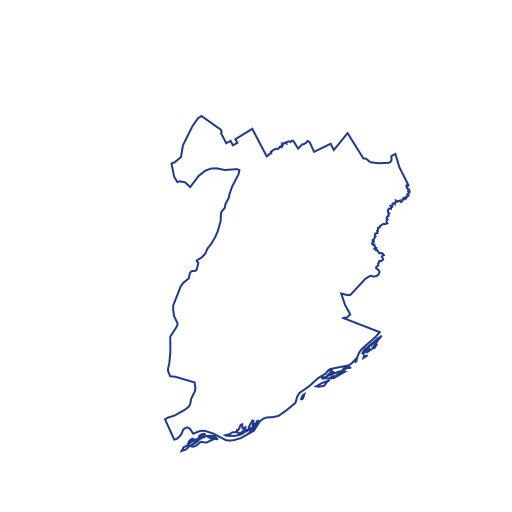 outline of Itatí, Corrientes, Argentina, rotated 145°
{"feature_id": "61730980B76052784863315", "entity_name": "Itatí", "entity_type": "district", "adm_level": 2, "iso_a3": "ARG", "parent_name": "Argentina", "parent_adm1": "Corrientes", "projection": "orthographic", "projection_center": [-58.126, -27.604], "detail": "fine", "context": "isolated", "style": "outline", "palette": "blue", "viewbox_px": 512, "rotation_deg": 145, "n_neighbors": 0, "source": "geoboundaries", "source_scale": "gbopen_adm2", "svg_char_len": 6166}
<svg xmlns="http://www.w3.org/2000/svg" viewBox="0 0 512 512"><g transform="rotate(145 256 256)"><path d="M207.7,176.4L203.5,171.5L201.0,170.0L179.4,174.6L173.6,174.2L171.4,171.7L169.4,170.7L167.0,170.4L164.5,171.5L163.7,172.7L163.7,174.6L164.6,177.0L163.8,178.0L161.2,178.2L160.5,179.7L159.3,180.0L158.5,181.0L157.5,181.1L156.4,180.0L153.8,180.2L153.2,183.3L152.0,183.8L150.8,183.4L150.8,185.2L151.8,186.7L153.5,187.6L153.4,191.3L154.4,191.7L154.5,192.3L153.0,193.3L154.6,194.2L153.2,194.9L153.2,196.6L152.7,197.1L153.3,197.3L153.9,199.4L153.1,200.1L152.4,199.4L151.0,200.5L151.7,201.4L151.4,202.2L150.1,202.1L146.8,203.4L147.2,204.4L145.4,206.0L143.7,205.2L143.6,205.7L142.4,206.0L142.3,207.0L141.7,206.8L140.0,209.1L138.1,208.4L137.2,209.4L133.6,209.3L131.7,207.9L129.7,207.5L129.8,208.8L129.0,209.8L127.3,210.4L127.8,211.3L126.5,212.8L124.6,212.7L124.1,212.9L123.8,214.3L122.4,214.5L122.6,216.6L121.5,218.0L120.1,218.6L118.4,217.2L117.5,218.2L116.6,218.2L117.3,219.2L117.1,219.9L115.8,218.7L114.2,220.6L112.8,220.2L112.5,218.9L111.6,220.0L109.8,220.1L109.5,221.1L109.0,220.3L109.3,219.6L106.2,218.8L106.6,218.2L106.2,216.9L104.4,217.2L103.6,218.1L102.0,217.4L102.3,218.8L100.8,218.5L99.7,217.2L99.2,217.5L99.4,218.3L97.3,218.1L96.7,219.8L96.1,219.7L96.0,218.7L94.5,220.6L93.4,220.3L93.0,220.8L94.1,221.8L92.5,222.9L93.3,223.7L93.3,225.6L92.6,227.0L91.8,226.0L90.9,226.4L90.9,227.5L90.4,227.2L87.7,246.3L83.3,259.7L87.2,260.2L88.1,259.8L90.0,256.8L91.9,255.9L93.9,256.2L102.3,261.6L108.5,267.2L110.1,272.7L112.1,274.3L110.5,304.1L131.5,298.2L130.4,305.1L148.7,308.0L146.7,318.5L147.8,320.7L149.6,320.0L153.0,320.2L154.0,321.0L159.9,319.8L159.4,329.0L160.3,329.9L162.4,329.5L163.2,331.0L166.3,331.9L166.6,330.8L167.6,332.3L168.8,332.1L169.8,333.0L169.8,332.3L170.7,332.2L170.7,331.5L171.7,331.7L172.1,330.8L172.6,331.2L172.9,330.7L173.8,331.8L176.4,331.0L178.2,332.4L180.1,332.8L184.0,332.8L184.6,331.3L186.5,332.0L187.9,331.4L190.1,331.6L186.1,362.3L205.9,363.5L206.4,359.4L211.4,359.9L210.8,364.9L215.7,365.5L214.2,376.6L212.8,377.6L212.4,379.7L220.4,401.9L224.4,402.2L233.8,398.7L252.3,388.6L260.7,380.1L269.0,379.4L272.2,380.2L277.6,367.8L278.0,361.6L275.8,361.0L271.9,357.2L270.3,350.2L257.1,354.5L248.8,355.0L242.9,353.5L238.1,350.5L232.2,344.3L221.8,338.1L220.3,335.9L223.2,333.1L235.6,326.6L242.0,322.1L244.7,319.4L250.9,316.3L254.1,313.3L258.7,312.1L260.4,310.9L264.9,304.9L273.3,298.1L278.8,294.8L286.1,291.4L291.4,290.0L296.2,287.0L301.1,286.0L307.1,286.3L307.6,285.4L307.1,283.8L307.7,282.9L312.5,278.8L314.2,278.6L317.2,280.4L318.4,280.4L320.2,279.7L324.0,276.2L330.4,275.8L334.8,274.5L352.0,263.1L354.4,260.0L357.5,254.1L359.0,245.7L360.0,244.5L363.1,242.9L372.5,239.1L381.2,226.5L388.5,217.9L393.1,213.7L394.1,212.0L395.3,206.7L391.4,203.4L378.8,187.6L381.3,182.7L383.5,180.3L390.9,176.3L395.1,172.2L398.1,171.0L403.1,170.9L414.0,172.0L420.8,174.1L424.2,174.4L428.3,152.5L425.9,151.7L421.7,152.1L419.3,152.9L415.0,155.6L411.3,155.4L410.1,154.4L409.2,151.9L409.4,146.5L401.9,144.7L398.0,141.9L392.8,135.0L386.2,122.3L383.9,120.2L379.7,117.8L373.1,115.6L357.9,114.1L347.9,118.3L343.6,118.6L340.3,117.8L334.2,114.1L329.1,112.1L320.2,112.1L307.9,113.1L302.9,117.2L298.6,118.9L287.5,118.8L275.4,120.3L266.9,119.8L261.8,121.0L259.7,120.7L242.6,113.2L239.2,113.2L231.5,114.8L227.0,117.7L223.0,119.1L204.2,121.2L198.3,122.6L220.1,155.1L219.1,155.0L217.5,153.4L212.3,154.1L211.1,165.0L207.7,176.4ZM368.7,118.2L372.1,118.9L377.1,121.1L383.3,125.7L383.9,126.8L380.1,125.2L376.5,125.1L373.9,123.5L372.3,123.4L372.5,122.3L372.1,120.9L370.6,119.7L365.1,119.4L366.0,118.4L368.7,118.2ZM369.9,123.7L365.5,126.4L363.8,126.1L365.9,122.6L363.1,121.8L366.3,119.8L370.4,119.9L371.9,120.9L372.2,122.1L371.4,124.2L369.9,123.7ZM350.3,119.1L350.9,118.2L352.8,117.7L358.6,117.8L360.7,118.2L361.0,118.8L359.8,120.1L353.3,123.3L352.6,122.4L355.3,119.6L351.0,118.8L350.9,119.5L350.1,120.1L347.9,119.8L350.3,119.1ZM354.2,116.1L353.7,116.6L353.8,116.2L355.4,115.3L358.8,114.6L362.0,115.3L360.0,116.1L354.2,116.1ZM361.8,117.7L363.6,117.8L363.3,118.4L364.3,117.7L364.9,118.2L364.3,119.1L363.3,119.1L361.8,117.7ZM403.9,131.7L395.7,130.2L398.0,133.2L399.8,137.0L407.5,138.4L411.0,137.6L418.5,138.0L417.8,136.5L416.2,135.5L412.9,134.9L408.0,135.6L403.9,131.7ZM424.6,137.7L419.8,138.4L415.9,138.0L413.1,138.6L412.2,139.7L411.8,139.9L410.2,139.2L409.2,139.9L407.7,139.6L413.4,140.8L422.2,140.3L424.7,140.9L428.7,139.0L424.6,137.7ZM250.0,110.8L251.6,112.6L254.4,113.7L267.6,117.1L269.1,116.9L269.5,116.2L264.9,112.9L264.6,113.6L264.2,113.7L263.1,113.6L262.0,113.4L259.8,112.0L257.1,112.2L252.9,111.8L250.0,110.8ZM220.1,113.4L213.4,113.5L209.9,115.2L208.3,118.0L209.5,118.1L214.0,116.2L212.5,117.8L214.9,117.6L216.5,115.4L218.6,115.2L220.3,114.2L220.1,113.4ZM279.9,113.1L274.8,110.6L269.4,112.3L266.7,112.0L275.1,114.1L281.4,114.7L279.9,113.1ZM249.4,110.2L249.5,110.7L253.0,111.2L253.1,111.7L259.8,111.9L262.3,113.3L264.2,113.6L264.6,113.1L262.5,111.4L249.4,110.2ZM399.0,136.8L397.0,133.0L393.2,128.3L392.6,128.3L392.9,130.3L393.8,132.0L393.2,132.2L399.0,136.8ZM224.6,115.1L224.2,114.4L221.3,114.8L218.0,116.1L217.0,117.3L221.0,117.2L223.4,116.0L223.0,115.1L224.6,115.1ZM407.6,138.6L400.1,137.6L409.0,139.8L409.9,139.3L410.6,139.1L411.8,139.8L412.9,138.6L411.5,137.8L407.6,138.6ZM209.3,115.0L206.1,116.3L204.5,118.6L207.5,118.2L209.3,115.0ZM247.8,112.2L245.3,111.8L242.2,109.8L243.6,111.8L245.3,112.4L243.9,112.8L248.4,113.6L249.7,113.2L247.8,112.2ZM298.0,115.0L301.2,112.8L300.8,112.4L299.2,112.3L295.7,115.0L298.0,115.0ZM404.6,139.9L399.4,139.4L402.6,141.1L405.3,141.3L406.0,140.8L404.6,139.9ZM412.9,141.9L411.9,141.1L412.6,142.7L414.7,143.1L417.4,142.6L418.4,141.8L412.9,141.9ZM263.2,116.5L258.3,116.1L261.2,117.7L264.3,117.6L263.2,116.5ZM210.4,114.0L212.2,113.3L212.5,113.0L211.5,112.7L208.4,114.1L209.8,115.0L212.1,113.8L210.4,114.0ZM226.5,110.9L221.6,110.6L223.8,111.4L224.7,112.4L226.5,110.9ZM270.2,118.2L271.9,118.0L271.6,117.1L269.8,116.4L270.2,118.2ZM198.7,118.6L202.5,118.3L203.3,117.3L198.7,118.6ZM261.9,120.1L259.4,119.0L258.7,119.5L260.8,120.5L261.9,120.1ZM235.2,112.2L234.2,112.2L233.4,112.9L234.9,112.9L235.2,112.2Z" fill="none" stroke="#1e3a8a" stroke-width="2"/></g></svg>